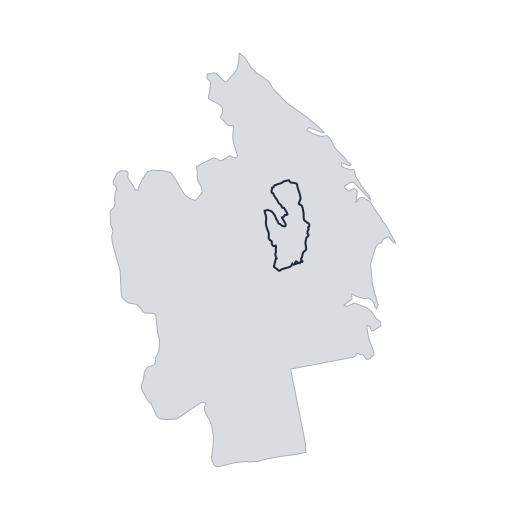 Tsamba-Magotsi, Ngounié, Gabon shown in context, rotated 169°
{"feature_id": "22940354B73947944893462", "entity_name": "Tsamba-Magotsi", "entity_type": "district", "adm_level": 2, "iso_a3": "GAB", "parent_name": "Gabon", "parent_adm1": "Ngounié", "projection": "equal_earth", "projection_center": [10.858, -1.184], "detail": "medium", "context": "in_parent", "style": "outline", "palette": "slate", "viewbox_px": 512, "rotation_deg": 169, "n_neighbors": 0, "source": "geoboundaries", "source_scale": "gbopen_adm2", "svg_char_len": 5256}
<svg xmlns="http://www.w3.org/2000/svg" viewBox="0 0 512 512"><g transform="rotate(169 256 256)"><path d="M338.2,62.8L338.0,67.3L334.1,78.5L332.3,87.1L331.9,96.2L332.9,103.6L334.8,108.8L336.0,114.5L335.1,118.5L333.2,120.2L334.5,122.2L337.3,122.7L342.0,121.0L349.3,117.9L358.9,113.5L365.2,111.1L375.6,112.6L381.1,114.3L383.9,117.4L387.0,130.5L388.5,132.5L391.0,138.1L393.1,144.8L393.6,148.2L393.4,150.7L391.2,154.3L388.9,159.6L388.0,162.9L386.1,165.3L383.5,167.6L376.6,168.6L375.5,170.0L373.6,175.7L369.9,180.5L368.3,185.0L366.8,191.1L367.1,198.6L366.4,209.4L365.6,216.7L367.4,219.3L375.7,221.1L377.3,222.5L379.5,227.1L382.4,231.3L389.9,234.0L392.9,237.3L395.3,240.8L395.6,243.8L393.9,255.5L392.2,266.8L392.8,275.4L393.5,283.6L394.4,295.5L394.0,302.8L391.8,307.2L391.8,310.7L392.8,314.9L390.9,326.5L389.7,328.5L386.3,330.7L384.5,333.8L383.9,338.7L382.1,345.4L380.2,347.9L380.2,351.0L382.0,353.3L382.0,356.7L378.6,360.9L376.5,364.1L372.0,365.6L366.8,364.0L365.6,361.7L366.9,358.1L366.4,355.2L364.7,352.2L361.9,344.4L359.5,342.7L358.1,345.9L353.9,351.8L346.5,359.4L341.3,360.0L331.7,357.7L323.6,354.1L319.8,345.2L317.5,337.8L314.0,329.3L310.2,325.2L306.1,322.6L304.2,322.4L298.4,327.2L296.6,329.1L296.6,333.1L297.1,336.8L298.1,338.6L298.8,341.0L298.7,344.7L297.6,349.7L297.3,355.2L278.8,360.5L275.6,358.6L273.3,356.1L270.5,356.6L262.5,359.4L259.6,357.4L256.6,356.0L255.3,357.2L255.2,359.5L256.5,372.4L256.1,377.4L254.3,383.8L253.4,388.1L258.3,389.4L260.0,391.4L261.7,394.6L264.1,397.7L264.3,399.5L261.6,402.9L260.7,407.0L261.9,410.3L265.3,413.7L270.1,417.2L272.5,419.5L272.3,421.6L270.0,426.1L269.1,429.9L267.6,433.3L267.9,436.5L270.1,439.4L269.9,442.1L268.4,444.1L265.4,443.7L262.8,443.9L260.5,443.1L253.3,432.9L251.7,432.6L241.3,440.5L238.7,443.7L236.6,448.3L233.7,458.4L228.9,452.5L224.8,441.8L220.1,435.3L210.0,424.7L207.4,416.9L195.9,399.6L179.4,382.4L167.5,367.4L165.7,364.1L167.7,364.5L179.2,372.0L180.8,371.2L182.1,369.5L177.1,365.6L172.4,362.5L167.9,360.6L163.5,360.7L161.0,357.6L159.3,352.8L158.5,348.7L156.5,344.4L150.2,335.5L148.7,332.1L145.2,327.4L147.3,326.8L154.1,331.2L154.7,329.5L154.1,326.8L147.3,322.6L143.6,322.3L142.8,319.3L143.3,315.9L138.4,303.0L133.3,293.3L132.5,288.7L146.2,309.7L148.0,310.1L150.4,309.9L156.1,307.6L155.0,304.7L152.4,301.7L150.0,303.1L146.7,303.4L145.1,302.1L144.3,300.0L147.5,289.8L146.1,290.3L145.1,292.1L143.3,293.0L140.6,293.5L133.9,288.0L128.0,273.3L126.4,270.2L124.8,265.1L123.2,263.0L116.4,242.0L119.0,243.5L122.1,249.6L128.2,248.3L130.5,244.8L132.6,245.0L134.7,244.1L137.4,240.8L145.1,226.4L147.1,207.3L146.5,196.0L145.3,184.7L147.9,181.1L148.9,183.5L149.4,187.5L150.6,190.4L153.4,193.1L158.5,193.8L166.4,198.0L169.3,200.6L170.0,195.3L179.1,190.8L176.4,189.2L168.3,191.0L157.2,184.2L153.5,179.9L150.0,171.8L146.4,167.6L146.7,163.7L154.7,160.2L156.8,160.6L157.7,164.8L159.8,166.5L160.6,166.0L161.0,162.4L161.0,152.8L158.6,139.0L159.3,136.3L161.5,135.4L163.4,133.5L164.8,133.2L167.5,133.5L168.9,136.7L169.6,138.5L172.3,139.3L174.6,141.0L176.5,140.5L178.1,138.5L180.5,138.1L187.7,138.2L194.3,138.2L207.5,138.3L220.6,138.3L233.7,138.4L243.6,138.4L243.6,130.5L243.5,118.4L243.5,104.0L243.4,90.2L243.3,77.5L243.3,62.4L243.8,58.1L244.5,56.3L244.2,53.8L254.4,53.6L272.8,54.7L280.8,54.6L283.1,54.8L293.2,54.0L301.3,55.0L304.8,56.1L307.9,56.6L317.6,57.2L330.3,56.4L334.7,56.6L337.1,58.7L338.2,62.8Z" fill="#d9dde1" stroke="#a8b0b8" stroke-width="1"/><path d="M240.5,242.0L236.3,237.2L235.5,237.0L233.2,238.1L225.0,238.8L223.1,239.8L221.8,241.6L221.0,240.4L219.9,240.4L219.3,240.6L218.8,242.1L217.8,243.1L216.6,242.4L216.4,241.6L216.9,240.9L216.3,241.0L214.4,240.6L214.0,241.0L213.4,242.0L212.9,242.3L212.1,241.4L211.5,241.6L211.4,242.1L212.2,243.1L212.3,243.7L212.3,244.5L212.1,245.0L211.0,246.2L210.6,247.1L209.8,249.3L208.4,251.2L207.5,251.4L205.6,252.8L205.2,253.7L205.1,259.1L204.8,260.1L203.0,264.4L200.6,266.0L200.4,266.9L200.6,267.4L201.0,267.7L201.2,268.3L200.8,270.3L199.2,272.2L199.5,273.5L199.4,274.1L199.2,274.4L198.2,274.8L197.7,276.7L198.2,278.1L199.6,279.0L200.4,280.4L201.0,280.7L201.6,281.5L201.9,282.4L202.0,284.2L201.4,287.0L201.1,289.7L201.1,294.2L201.5,296.7L201.9,297.2L203.7,298.4L204.0,299.1L203.8,299.8L201.5,303.3L201.2,304.3L201.3,309.3L202.0,314.0L202.1,318.5L202.5,319.4L205.7,320.9L207.8,321.4L208.7,322.4L209.2,324.1L214.4,324.0L217.2,322.7L221.6,322.3L222.7,321.8L223.9,322.0L224.3,321.8L225.6,320.4L226.2,320.1L227.2,320.0L227.3,319.1L228.4,316.8L228.5,315.5L228.4,315.0L227.2,314.2L226.6,311.5L224.6,307.0L223.6,303.5L221.7,301.2L221.2,298.8L220.9,298.4L219.3,297.9L217.2,292.1L217.3,290.7L218.6,290.5L219.4,290.8L219.9,290.8L221.0,289.4L223.1,288.9L223.1,287.8L222.7,287.3L220.9,282.1L220.9,280.5L221.2,280.0L221.8,279.7L223.5,279.9L224.6,280.6L226.3,282.8L227.6,283.5L228.2,286.5L229.1,288.4L229.7,292.1L231.6,296.0L232.3,296.8L235.5,298.9L238.9,298.8L239.1,296.6L238.6,294.3L238.6,292.8L239.0,290.0L240.0,287.0L240.2,284.3L239.9,280.4L239.2,277.0L239.2,275.7L239.2,274.8L240.0,272.2L240.1,271.3L240.0,270.4L239.2,268.8L237.9,267.8L237.8,266.5L238.1,265.8L238.2,265.1L237.8,263.5L237.5,262.9L236.8,262.3L234.7,262.4L234.5,261.3L235.3,259.0L235.6,256.6L236.7,253.9L236.8,252.7L236.3,249.6L237.0,249.5L237.4,248.9L240.5,242.0Z" fill="none" stroke="#1e293b" stroke-width="2"/></g></svg>